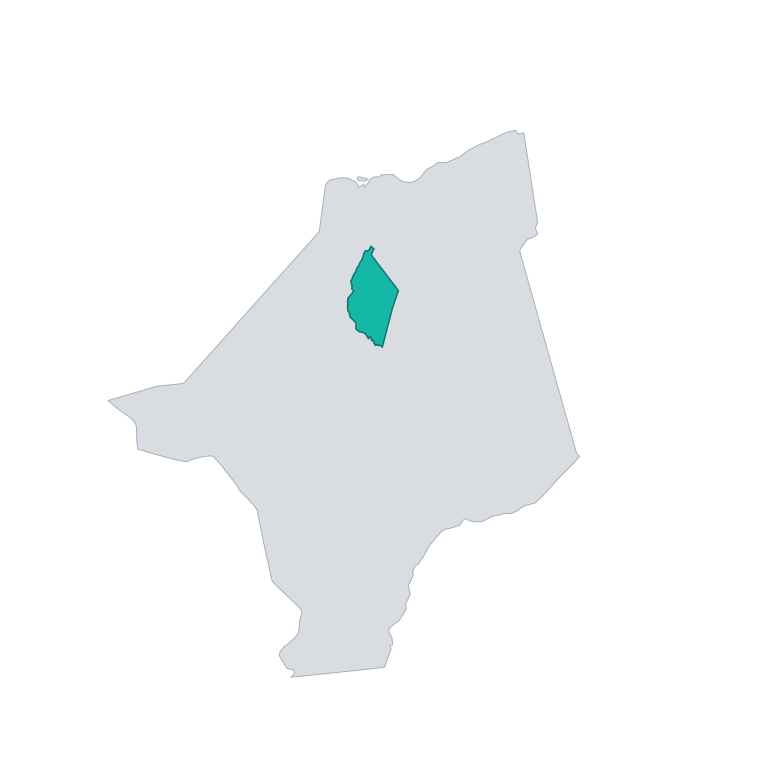 Bura, Coast, Kenya shown in context, rotated 222°
{"feature_id": "3690345B15022807723985", "entity_name": "Bura", "entity_type": "district", "adm_level": 2, "iso_a3": "KEN", "parent_name": "Kenya", "parent_adm1": "Coast", "projection": "robinson", "projection_center": [39.288, -0.652], "detail": "fine", "context": "in_parent", "style": "filled", "palette": "teal", "viewbox_px": 768, "rotation_deg": 222, "n_neighbors": 0, "source": "geoboundaries", "source_scale": "gbopen_adm2", "svg_char_len": 7782}
<svg xmlns="http://www.w3.org/2000/svg" viewBox="0 0 768 768"><g transform="rotate(222 384 384)"><path d="M190.3,461.1L190.1,451.8L191.3,427.9L191.1,406.9L192.2,396.4L196.7,389.8L198.9,385.0L200.4,378.2L202.8,372.7L208.2,368.2L209.2,365.8L214.9,358.3L218.4,348.7L221.0,345.4L224.2,342.4L226.5,340.8L230.3,339.2L233.3,338.3L233.8,337.5L234.0,336.0L233.1,330.0L234.3,328.1L236.4,324.1L238.7,320.4L240.7,318.0L241.9,315.6L242.5,311.4L242.5,308.4L242.5,303.6L241.9,292.5L239.5,283.3L238.0,273.0L239.1,269.6L237.2,263.5L236.2,263.2L234.6,261.9L232.7,256.2L231.2,251.0L230.2,249.7L223.7,245.1L220.5,234.4L216.9,232.0L214.9,221.3L214.5,218.3L216.6,207.6L216.4,205.2L214.2,202.9L208.1,200.6L203.2,196.2L203.8,194.7L204.2,193.1L201.6,192.1L194.1,173.8L203.8,162.9L213.7,151.8L226.3,137.8L237.9,124.9L247.9,113.8L256.9,103.9L256.7,105.8L256.7,108.3L257.8,109.8L259.6,110.9L262.2,109.8L264.4,108.2L266.6,107.9L280.0,112.0L282.2,115.6L282.1,119.5L282.6,122.3L281.6,125.1L280.5,133.7L280.8,141.5L284.8,147.3L288.4,151.9L291.3,158.2L293.4,160.2L296.3,161.2L305.5,161.5L319.1,161.9L332.3,162.3L333.5,162.4L336.2,163.3L348.3,172.0L359.4,179.9L368.8,186.7L377.8,193.4L386.7,199.9L393.5,205.3L400.3,206.9L411.3,207.7L418.9,208.0L425.9,210.2L436.3,212.3L444.1,213.4L448.8,214.6L461.9,215.9L464.1,215.2L469.8,209.2L476.3,199.5L478.8,194.1L487.1,188.8L501.8,181.4L512.1,176.2L523.6,170.9L528.8,175.5L536.0,182.8L539.2,186.4L541.8,188.0L545.7,189.1L550.5,189.1L553.1,188.9L558.4,188.0L570.8,187.1L577.9,187.2L571.9,196.9L564.8,208.5L551.6,229.9L541.6,241.1L534.0,249.6L533.3,251.2L533.3,260.6L533.4,283.8L533.6,330.2L533.8,376.5L533.9,422.9L534.0,446.1L534.0,453.9L540.7,463.6L547.2,473.1L555.8,485.7L560.4,492.5L561.1,494.7L560.9,499.3L553.8,508.7L548.0,513.0L540.2,515.1L537.9,514.7L534.8,513.3L533.6,515.6L532.7,519.1L531.0,518.4L529.7,517.3L530.5,523.6L531.3,526.7L530.1,530.9L526.3,534.5L525.9,537.6L517.7,545.7L506.1,546.6L500.0,550.6L497.3,553.9L495.2,561.1L495.9,572.1L492.7,580.6L492.1,584.8L486.0,590.3L483.4,595.4L481.4,600.5L479.7,602.8L477.7,614.3L474.9,621.3L474.1,623.6L473.4,625.7L471.2,629.8L469.8,632.6L468.8,634.5L461.7,652.4L456.2,660.5L451.9,659.5L449.0,662.7L448.7,664.1L447.1,663.3L443.5,660.3L436.1,654.3L428.6,648.2L421.1,642.1L413.7,636.0L406.2,629.9L398.8,623.9L391.3,617.8L383.9,611.7L379.5,608.1L377.6,606.0L376.1,601.8L375.3,600.8L373.3,599.5L371.0,599.2L370.3,598.4L370.4,596.4L371.2,593.4L373.9,587.9L374.2,584.6L373.7,580.9L372.8,574.9L372.0,573.5L367.1,570.4L356.8,563.9L346.4,557.3L336.0,550.8L325.7,544.2L315.3,537.7L305.0,531.1L294.6,524.6L284.3,518.0L273.9,511.5L263.5,504.9L253.2,498.4L242.8,491.9L232.5,485.3L222.1,478.8L211.7,472.2L201.4,465.7L197.5,463.2L194.0,461.1L190.3,461.1ZM534.8,524.7L533.0,525.2L533.9,522.1L539.2,518.0L541.4,518.9L541.8,519.9L541.7,520.7L540.8,521.5L534.8,524.7Z" fill="#d9dde1" stroke="#a8b0b8" stroke-width="1"/><path d="M425.7,407.6L425.8,408.0L425.8,408.5L426.1,408.7L426.2,408.8L426.4,408.9L426.5,409.0L426.4,409.1L426.2,409.4L426.2,409.5L426.3,409.6L426.5,409.7L426.5,409.8L426.4,409.9L426.2,410.0L425.9,410.0L425.7,410.0L425.5,409.9L425.4,409.9L425.2,409.9L424.9,409.8L424.8,409.6L424.7,409.6L424.4,409.5L424.2,409.5L423.9,409.4L423.7,409.3L423.6,409.1L423.4,409.0L423.1,408.7L422.9,408.3L422.7,408.2L422.7,408.3L422.5,408.6L422.6,408.9L422.5,409.0L422.3,409.1L422.2,409.0L421.9,408.9L421.4,408.7L421.2,408.6L420.8,409.0L420.7,409.0L420.3,409.0L420.2,409.0L420.1,408.9L419.9,408.5L419.7,408.3L419.4,408.0L419.2,407.9L419.1,407.7L418.9,407.6L418.6,407.9L418.4,407.9L418.1,407.7L417.9,407.5L417.8,407.4L417.7,407.4L417.4,407.4L417.1,407.1L416.9,407.1L416.7,407.0L416.4,407.1L416.2,406.9L416.0,407.0L415.9,407.1L415.8,407.5L415.6,407.9L415.6,408.0L415.6,408.4L415.5,408.5L415.3,408.4L415.1,408.4L415.0,408.5L415.1,408.8L415.1,409.0L414.9,409.1L414.7,409.4L414.6,409.5L414.2,409.3L413.9,409.5L413.6,409.5L413.2,409.2L413.1,409.3L413.0,409.8L412.9,410.0L412.6,410.3L412.2,410.4L411.8,410.6L411.7,410.7L411.5,410.8L411.3,410.7L411.0,410.4L410.7,410.1L410.4,410.1L410.0,410.2L409.8,410.0L409.7,409.9L412.6,415.5L413.4,417.0L415.2,420.4L421.5,432.6L422.0,433.5L422.2,434.1L425.2,439.7L426.5,442.1L427.4,443.9L427.5,444.2L428.5,446.0L428.8,446.7L429.4,448.1L432.5,455.4L433.0,456.5L434.3,459.7L435.6,462.9L440.1,463.9L465.4,468.6L479.7,471.4L480.3,472.5L480.9,473.9L480.9,474.1L481.1,474.9L481.4,475.7L481.5,475.9L481.6,476.2L481.6,476.4L481.6,476.8L481.8,477.4L481.8,477.6L485.9,477.6L485.9,477.3L485.9,477.2L485.8,476.9L485.7,476.7L485.6,476.4L485.5,476.2L485.4,476.1L485.3,475.8L485.2,475.7L485.1,475.4L485.2,475.2L485.0,474.8L484.8,474.5L484.7,474.4L484.7,474.2L484.8,474.0L484.8,473.7L484.7,473.5L484.7,473.3L484.8,473.2L485.0,473.0L485.1,472.7L485.4,472.3L485.3,472.1L485.4,471.9L485.5,471.7L485.6,471.4L485.9,471.4L486.0,471.4L486.4,470.9L487.1,470.0L487.0,469.8L486.9,469.5L486.7,469.1L486.7,468.9L486.3,467.6L486.0,466.9L485.8,466.5L485.6,466.1L485.3,465.6L484.9,464.8L484.8,464.6L484.5,463.8L484.3,463.1L484.0,462.7L483.9,462.2L483.7,462.0L483.6,461.7L483.3,461.3L483.3,461.2L483.5,460.3L483.5,460.0L483.5,459.6L483.4,459.0L483.4,458.9L483.3,458.6L483.2,458.4L483.0,458.1L482.9,457.7L482.8,457.4L482.7,456.9L482.6,456.7L482.4,456.2L482.2,455.9L482.1,455.7L481.9,455.5L481.8,455.3L481.8,455.1L481.9,454.6L481.9,454.3L481.8,453.8L481.8,453.3L481.8,453.1L481.8,452.6L481.7,451.9L481.5,451.6L481.4,451.4L481.1,451.0L481.0,450.6L480.8,449.7L480.7,449.5L480.6,449.2L480.4,448.9L480.1,448.3L479.9,448.1L479.8,447.9L479.8,447.7L480.0,447.1L480.1,446.9L480.1,446.7L480.0,446.4L479.9,446.1L479.8,445.9L479.6,445.6L479.6,445.3L479.6,444.5L479.5,444.1L479.4,443.9L479.3,443.6L479.1,443.5L478.9,443.2L478.8,442.8L478.8,442.4L478.8,442.1L478.7,441.8L478.5,441.5L478.1,441.0L478.0,440.8L477.9,440.7L477.7,440.1L477.7,439.9L477.8,439.6L477.8,439.1L477.7,438.9L477.7,438.7L477.2,438.0L477.0,437.8L476.1,437.3L476.0,437.2L475.7,437.0L475.4,436.8L475.0,436.3L474.7,436.1L474.2,435.9L473.8,435.9L473.3,436.0L473.2,436.0L473.1,435.9L473.2,435.3L473.1,435.1L473.0,434.9L472.9,434.7L472.7,434.6L472.4,434.3L472.3,434.2L472.2,434.1L472.1,433.8L472.0,433.6L471.5,433.1L468.7,433.1L468.6,432.9L468.6,432.5L468.6,432.3L468.5,432.0L468.6,431.8L468.6,431.6L468.8,431.4L468.8,431.2L468.6,431.1L468.5,430.9L468.4,430.7L468.3,430.2L468.3,423.6L468.1,423.3L467.9,423.1L467.6,422.9L467.3,422.7L467.2,422.5L467.0,422.3L466.9,422.1L466.5,421.2L466.3,420.9L466.2,420.7L465.8,420.4L465.3,419.9L465.0,419.8L464.7,419.7L464.4,419.5L464.3,419.3L464.2,419.0L463.8,418.1L463.7,418.0L463.5,417.8L463.2,417.5L462.8,417.3L462.7,417.1L462.2,416.6L461.8,416.1L461.4,415.7L461.1,415.5L460.8,415.3L460.6,415.1L460.0,414.5L459.6,414.2L459.1,414.0L458.9,414.0L457.9,414.0L457.7,414.0L457.5,413.8L457.4,413.7L457.0,413.2L456.6,412.9L456.3,412.7L455.8,412.5L455.5,412.3L454.7,411.7L454.2,411.2L453.9,411.0L453.7,410.9L453.4,410.9L453.0,410.8L452.6,410.9L452.2,411.0L451.7,411.0L450.8,411.1L450.5,411.1L450.2,411.1L449.9,411.0L449.6,410.8L449.3,410.7L449.1,410.7L448.6,410.7L448.2,410.8L447.6,411.0L447.4,411.0L447.1,410.9L446.8,410.8L446.7,410.8L446.4,410.6L446.1,410.5L445.5,410.4L445.3,410.2L445.1,410.1L444.9,409.9L444.6,409.7L443.9,408.7L443.2,407.7L442.9,407.2L442.6,406.7L442.3,406.5L442.1,406.4L441.9,406.3L441.6,406.2L441.3,406.2L441.1,406.2L440.6,406.3L440.2,406.3L440.0,406.2L439.8,406.1L439.6,406.1L439.2,406.1L438.6,406.1L437.7,406.3L437.0,406.5L436.5,406.7L436.2,406.9L436.0,407.0L435.7,407.3L435.2,407.8L434.8,408.4L434.4,408.3L433.8,408.2L433.6,408.2L433.3,408.3L433.0,408.4L432.3,408.8L432.2,408.8L431.4,408.8L431.0,408.6L430.5,408.6L430.1,408.7L429.9,408.7L429.6,408.6L429.4,408.5L429.2,408.4L428.6,408.2L428.2,408.0L427.8,407.8L427.2,407.5L427.0,407.4L426.6,407.5L426.3,407.4L425.9,407.5L425.7,407.6Z" fill="#14b8a6" stroke="#0f766e" stroke-width="1.5"/></g></svg>